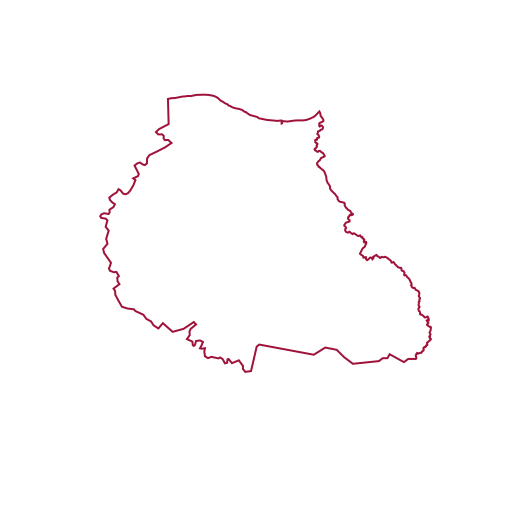 Ecilda Paullier, San José, Uruguay, rotated 143°
{"feature_id": "84410073B50941503213986", "entity_name": "Ecilda Paullier", "entity_type": "district", "adm_level": 2, "iso_a3": "URY", "parent_name": "Uruguay", "parent_adm1": "San José", "projection": "mercator", "projection_center": [-57.073, -34.372], "detail": "fine", "context": "isolated", "style": "outline", "palette": "rose", "viewbox_px": 512, "rotation_deg": 143, "n_neighbors": 0, "source": "geoboundaries", "source_scale": "gbopen_adm2", "svg_char_len": 6095}
<svg xmlns="http://www.w3.org/2000/svg" viewBox="0 0 512 512"><g transform="rotate(143 256 256)"><path d="M118.8,331.2L118.4,333.3L124.0,332.4L126.6,332.4L130.3,333.2L134.0,334.4L136.8,336.0L141.3,339.4L143.9,341.1L149.9,344.4L153.7,347.8L155.3,346.3L155.8,346.4L155.3,347.2L154.5,347.7L154.1,347.7L154.0,348.3L154.2,348.6L154.1,348.9L157.7,351.1L165.4,358.1L171.0,364.5L171.3,366.2L176.1,372.4L176.4,373.6L177.3,375.9L177.3,376.7L178.2,377.9L178.6,378.8L178.6,379.4L179.2,380.5L179.2,381.0L180.9,383.5L183.8,386.7L184.9,388.2L185.8,389.8L186.3,391.3L187.4,392.7L187.3,393.9L189.0,397.0L189.5,398.9L190.8,401.4L191.3,405.0L192.1,407.0L193.3,409.1L194.5,410.6L197.3,413.5L200.0,415.8L206.6,420.5L211.7,422.9L214.4,425.0L216.0,425.8L218.8,427.6L225.0,430.6L228.9,433.1L231.8,434.4L246.4,413.9L257.0,415.7L261.3,415.2L260.9,412.0L257.7,409.5L257.4,407.4L259.0,405.6L259.1,403.4L256.3,401.6L255.5,397.1L263.1,397.5L272.0,399.0L280.4,400.7L284.2,399.5L287.4,395.6L290.1,395.5L291.4,397.3L292.4,400.5L295.0,401.4L298.6,401.3L300.2,392.1L302.3,390.8L307.3,391.9L306.6,389.2L311.5,386.2L317.5,383.8L320.6,383.2L323.2,383.9L324.6,385.9L324.7,390.0L325.6,392.1L329.0,390.6L333.6,391.1L338.1,390.9L338.9,388.6L338.5,385.0L337.5,382.3L340.3,380.9L345.3,381.1L346.4,379.1L348.4,378.2L351.6,381.6L354.5,382.3L356.5,381.5L356.7,379.5L353.6,376.4L353.2,373.9L358.5,369.8L358.4,364.9L365.3,359.9L367.3,355.1L373.9,353.6L375.5,349.7L375.9,337.8L381.0,334.4L381.5,332.0L379.2,328.5L377.1,327.3L377.6,322.5L379.9,322.2L381.8,319.0L382.0,315.7L389.4,315.7L389.6,312.8L391.7,309.7L392.6,304.1L393.6,296.1L390.3,291.5L385.6,286.9L385.4,284.5L381.3,276.9L381.4,271.7L379.2,267.0L379.5,262.2L377.6,256.9L370.8,258.4L368.2,245.6L357.7,241.4L345.4,240.7L345.1,237.4L352.2,237.1L354.7,235.6L356.5,232.7L361.2,231.2L358.3,225.9L360.1,222.9L359.8,221.6L358.1,221.8L355.0,224.2L351.5,222.2L350.1,219.3L353.2,217.4L356.3,216.0L355.1,214.6L352.3,213.1L354.8,210.8L357.1,206.6L355.8,203.3L352.3,202.3L347.6,196.8L345.7,196.6L344.7,193.7L345.4,189.0L343.3,188.1L341.0,190.6L339.9,190.3L339.7,184.9L332.5,183.0L332.6,176.0L334.4,173.7L334.3,169.9L329.2,167.1L310.0,183.2L306.7,183.3L269.3,142.4L255.8,141.2L248.0,132.5L246.5,122.1L243.5,111.6L221.1,98.1L216.3,98.1L212.5,95.3L208.4,97.1L201.7,82.2L196.4,82.2L190.3,77.6L189.6,77.8L189.2,78.4L188.7,79.2L188.5,80.3L186.6,81.4L185.7,81.6L185.5,81.3L185.8,81.0L185.6,80.5L182.8,79.8L182.3,79.2L180.3,79.9L179.6,79.7L178.8,79.9L178.3,80.4L178.1,81.4L177.6,81.7L177.4,81.6L176.5,82.0L175.9,81.8L175.5,81.4L174.9,81.4L174.2,82.2L173.1,81.8L172.6,81.9L171.8,83.6L171.4,83.9L169.9,83.7L169.4,84.0L167.4,84.0L166.7,84.1L166.3,84.4L166.6,85.5L166.3,85.9L166.5,86.5L166.3,87.1L165.8,87.5L165.2,87.2L164.4,88.1L163.7,88.5L163.7,89.7L163.3,90.6L161.6,91.3L159.3,93.6L159.2,94.4L159.5,94.8L160.0,95.0L160.9,97.9L160.8,98.2L160.5,98.4L158.7,98.7L158.5,98.9L158.7,100.3L158.5,101.6L158.1,101.4L157.7,101.6L157.5,101.1L156.8,100.6L156.4,100.9L156.0,101.7L156.1,102.1L155.4,103.3L155.4,104.4L157.6,104.9L158.3,105.5L158.3,106.4L158.5,107.8L159.0,109.4L159.9,110.2L160.0,110.7L159.8,111.1L159.5,111.1L158.8,112.5L158.7,113.3L159.0,114.1L158.7,114.6L158.3,115.9L157.6,116.5L156.6,116.6L156.1,116.8L155.9,117.2L156.0,117.9L155.7,119.0L154.2,120.4L153.6,121.4L152.5,121.5L151.8,122.9L150.6,123.3L150.4,123.7L150.2,125.9L149.8,126.4L149.1,126.7L148.1,127.7L147.5,128.9L147.7,129.6L147.4,130.2L148.8,133.0L148.5,135.0L148.8,135.4L149.4,135.6L149.9,136.2L150.2,137.6L149.8,138.3L149.8,139.3L148.9,139.5L148.1,141.1L148.2,142.1L147.4,145.3L147.9,148.1L147.8,150.4L148.1,150.8L149.1,151.2L149.1,151.6L148.4,152.5L147.4,153.3L147.3,155.0L147.6,155.6L148.1,156.0L148.3,157.1L147.2,158.8L147.2,159.1L148.2,159.9L149.5,161.9L149.4,162.9L149.7,163.8L149.6,164.3L150.0,165.9L149.7,167.4L149.9,168.5L151.4,168.8L151.7,169.2L151.6,169.6L151.4,169.7L151.2,171.6L151.8,173.2L152.0,174.6L153.0,177.1L153.5,177.8L154.8,178.1L156.2,179.7L157.9,179.6L158.1,179.8L158.2,180.9L159.2,183.1L159.1,184.3L160.5,184.7L161.9,184.5L162.4,184.8L162.9,184.8L163.2,184.7L163.6,183.6L165.0,183.4L164.8,184.6L165.1,185.5L165.6,186.0L169.6,185.7L169.9,186.1L169.9,187.3L169.7,188.0L169.1,188.5L168.9,188.9L169.6,189.4L170.9,189.8L171.2,190.1L170.7,190.9L170.5,191.8L171.2,193.4L171.6,195.3L166.7,197.7L165.3,198.0L164.2,197.8L163.6,198.0L160.4,199.7L159.7,200.5L159.6,200.9L159.9,201.5L160.4,201.9L161.1,201.5L161.4,201.8L161.1,202.9L160.5,203.2L159.6,204.0L159.6,204.5L160.1,205.4L160.3,206.3L159.7,206.8L159.9,207.7L160.5,208.0L160.7,208.4L160.5,209.8L162.2,210.3L162.9,211.6L163.7,214.4L164.3,215.3L164.6,215.5L165.6,215.3L166.2,216.7L166.7,219.0L166.9,219.3L168.2,219.2L168.9,219.8L169.5,220.9L169.5,222.6L168.5,223.8L167.2,224.1L166.9,225.5L167.3,226.8L167.1,227.3L166.6,227.7L164.2,228.5L160.5,227.3L159.7,228.4L160.0,229.2L160.0,230.5L159.4,231.1L158.6,231.7L157.8,231.5L157.0,232.2L156.2,232.3L155.5,231.3L154.2,230.8L153.5,230.9L153.3,231.6L153.9,232.2L154.1,232.8L153.6,235.2L154.8,237.8L154.7,239.2L155.0,239.9L155.0,241.3L154.6,243.4L153.6,244.3L153.5,245.5L156.5,249.1L156.8,250.5L156.6,252.4L155.5,253.7L155.7,255.6L155.6,257.6L156.4,262.9L156.4,264.3L156.1,265.7L155.0,267.0L154.7,270.2L154.8,271.2L154.0,274.1L152.1,277.2L150.7,282.1L150.6,283.2L151.8,288.3L151.7,288.7L151.9,289.2L152.3,289.5L151.9,290.6L152.2,292.0L151.7,293.1L150.9,293.6L149.4,294.0L147.3,294.1L145.3,295.1L141.4,294.3L141.0,294.4L140.6,297.0L140.6,298.0L141.2,299.4L141.5,300.8L141.7,301.5L142.2,301.9L142.7,302.1L143.5,301.8L144.3,302.3L144.6,303.5L145.2,304.7L145.1,305.9L144.5,306.3L143.5,306.1L141.7,306.6L141.4,306.7L141.0,307.9L139.5,308.4L139.4,309.3L140.0,310.3L140.1,311.2L139.0,312.9L138.4,313.0L137.6,312.2L137.2,312.2L136.2,313.4L135.6,313.3L134.8,312.7L134.1,312.9L133.7,313.3L133.4,314.4L133.3,315.1L133.6,316.5L132.6,317.1L131.6,318.1L131.1,318.1L129.7,317.5L128.7,317.9L126.9,317.3L126.0,317.6L125.4,318.0L124.9,318.9L125.0,320.5L125.3,321.0L125.9,321.3L127.1,321.0L127.3,321.1L127.3,321.6L125.8,323.7L125.2,324.0L121.5,323.1L120.9,323.3L120.1,324.7L120.0,329.1L118.8,331.2Z" fill="none" stroke="#9f1239" stroke-width="2"/></g></svg>